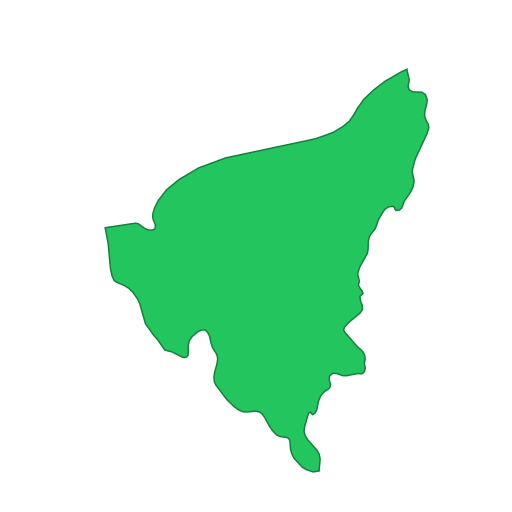 outline of Kon Tum, rotated 188°
{"feature_id": "VNM-486", "entity_name": "Kon Tum", "entity_type": "Province", "adm_level": 1, "iso_a3": "VNM", "parent_name": "Vietnam", "parent_adm1": "", "projection": "natural_earth1", "projection_center": [107.772, 14.666], "detail": "fine", "context": "isolated", "style": "filled", "palette": "green", "viewbox_px": 512, "rotation_deg": 188, "n_neighbors": 0, "source": "natural_earth", "source_scale": "10m", "svg_char_len": 2462}
<svg xmlns="http://www.w3.org/2000/svg" viewBox="0 0 512 512"><g transform="rotate(188 256 256)"><path d="M127.3,324.3L131.8,323.0L134.8,320.2L136.9,316.0L139.8,308.8L140.6,305.0L140.9,303.0L141.9,299.3L145.3,293.7L146.5,290.6L146.8,286.2L145.9,278.0L146.2,273.7L151.7,259.6L152.9,252.7L150.1,245.3L150.5,241.4L148.7,238.8L146.3,236.5L144.8,233.9L147.5,230.4L146.3,226.3L143.9,222.0L143.1,217.7L145.0,214.0L154.9,203.2L158.4,197.8L159.0,194.9L157.0,192.5L142.8,180.1L139.1,177.9L136.3,175.5L134.4,172.5L133.5,168.8L133.8,164.7L132.2,160.3L132.5,156.5L134.7,154.1L139.1,153.7L145.9,151.4L149.8,150.0L153.6,149.6L160.1,150.9L163.7,150.5L166.3,147.5L166.6,144.5L164.4,139.5L164.3,136.8L165.4,134.7L168.7,131.8L170.2,130.2L172.6,126.1L173.9,120.8L174.5,111.7L175.4,109.2L177.6,106.8L179.0,107.5L180.1,108.9L181.7,108.3L182.3,106.6L184.1,93.5L184.0,89.2L182.5,85.4L179.1,81.1L168.6,72.1L165.8,68.5L164.2,63.6L163.7,53.0L163.4,52.0L169.5,50.1L176.6,51.6L180.7,53.2L190.0,60.8L192.9,64.9L194.8,69.0L195.7,72.9L196.4,76.6L197.6,79.2L199.5,80.5L206.8,80.6L210.6,81.6L215.5,85.5L218.9,89.2L225.0,97.4L228.0,100.5L230.8,102.1L235.1,102.3L242.6,100.4L246.6,99.9L251.2,100.9L256.8,103.8L264.8,109.7L278.1,123.0L279.9,126.2L280.8,130.0L280.8,134.5L279.6,144.2L279.7,149.1L281.0,152.9L286.2,159.2L288.1,162.8L291.1,170.6L293.5,173.8L296.0,175.6L299.3,175.3L303.0,173.0L308.2,167.1L310.2,162.7L310.7,158.5L309.7,151.8L309.5,148.0L311.2,145.9L314.4,145.4L325.9,149.3L333.3,150.2L342.4,160.1L346.2,163.2L356.0,173.5L364.6,192.9L367.7,197.5L373.1,203.1L377.4,206.3L381.8,208.3L389.6,210.4L392.9,211.8L395.6,215.9L398.4,223.3L404.1,247.7L409.3,263.0L380.0,271.7L377.4,271.6L375.5,270.8L370.2,267.9L367.3,267.0L364.0,266.9L361.7,267.5L360.0,268.7L359.7,271.2L360.2,273.3L362.9,277.8L363.7,280.2L364.0,283.7L363.2,289.4L360.4,297.5L353.7,309.2L342.8,321.1L324.9,335.4L299.6,349.0L213.1,380.5L197.2,388.9L188.0,396.3L182.6,402.1L179.0,409.1L175.9,416.8L170.9,426.4L162.2,437.2L152.8,446.8L137.4,458.9L132.4,461.9L132.2,460.6L128.9,452.4L128.7,449.9L129.0,447.3L128.8,444.6L127.4,441.9L123.7,440.3L114.9,441.3L110.8,439.6L108.1,434.6L108.2,428.9L109.0,423.2L108.5,417.8L105.9,413.0L103.7,410.4L102.7,407.1L103.8,400.5L111.8,374.3L113.0,364.5L113.1,361.9L112.4,359.1L110.3,353.8L109.8,351.3L110.2,345.7L111.9,340.6L116.8,330.9L117.4,328.3L117.8,325.8L118.5,323.5L120.4,321.5L123.5,320.5L124.9,321.6L125.7,323.5L127.3,324.3Z" fill="#22c55e" stroke="#15803d" stroke-width="1.5"/></g></svg>